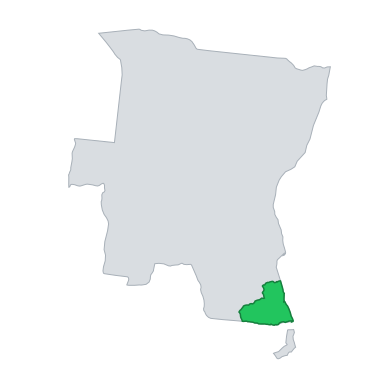 Zaire on a map of Angola (Robinson projection), rotated 186°
{"feature_id": "AGO-1882", "entity_name": "Zaire", "entity_type": "Province", "adm_level": 1, "iso_a3": "AGO", "parent_name": "Angola", "parent_adm1": "", "projection": "robinson", "projection_center": [13.603, -6.817], "detail": "fine", "context": "in_parent", "style": "filled", "palette": "green", "viewbox_px": 384, "rotation_deg": 186, "n_neighbors": 0, "source": "natural_earth", "source_scale": "10m", "svg_char_len": 6045}
<svg xmlns="http://www.w3.org/2000/svg" viewBox="0 0 384 384"><g transform="rotate(186 192 192)"><path d="M315.0,183.9L315.4,186.9L315.8,191.1L316.1,194.1L316.4,195.5L316.5,196.2L316.1,197.0L315.8,198.8L315.2,200.4L314.9,201.5L315.1,203.6L314.6,209.6L314.5,212.6L315.3,218.0L315.1,219.6L313.4,224.6L312.9,227.1L312.8,228.3L314.5,232.0L314.4,232.7L313.1,232.9L312.0,233.0L274.3,233.0L273.8,295.8L273.7,301.2L274.8,308.3L277.0,316.0L277.8,316.7L280.1,318.1L283.1,321.0L284.8,323.2L288.3,327.0L293.0,331.9L301.4,340.1L272.8,346.2L261.8,348.4L260.9,348.3L259.3,347.5L255.8,347.3L251.6,348.5L248.4,348.8L245.9,348.3L243.6,347.3L241.3,345.8L237.3,345.2L231.6,345.6L226.2,345.3L220.9,344.3L217.1,343.9L214.9,344.1L212.4,343.8L209.9,343.0L207.7,341.5L205.1,338.4L203.1,335.5L202.6,335.1L201.9,334.6L201.3,334.5L190.0,334.3L121.2,334.2L113.2,334.7L112.6,334.6L111.6,334.2L111.0,333.6L108.7,331.9L106.7,330.7L104.1,328.5L102.4,326.2L100.9,325.5L98.3,325.0L96.4,324.6L94.8,324.5L92.0,325.6L90.0,326.7L88.5,327.8L85.9,329.0L83.7,330.2L79.9,330.0L79.1,330.2L77.0,330.1L75.0,329.1L73.0,329.2L70.7,330.5L67.5,331.0L68.2,322.3L69.0,318.4L69.0,313.8L68.5,301.9L68.0,300.2L67.6,298.3L69.6,296.9L70.6,295.7L71.9,293.8L72.9,291.0L74.1,284.9L78.2,270.8L80.2,257.0L82.7,250.4L83.6,243.1L90.6,233.6L92.4,227.8L96.0,224.9L101.1,221.9L104.8,216.5L106.6,212.8L108.6,205.6L108.6,198.1L109.9,188.1L109.6,185.2L107.7,181.2L107.3,178.4L105.5,175.6L103.6,173.5L102.7,169.7L99.4,163.7L98.5,159.8L96.9,156.9L96.7,153.4L95.8,149.7L94.2,146.0L92.6,141.8L92.6,140.5L93.6,138.9L94.6,138.4L94.2,139.2L93.6,140.1L93.8,140.8L100.0,133.5L100.3,132.0L100.1,130.4L100.1,128.4L100.4,126.1L94.5,112.5L89.9,99.9L89.1,93.5L82.9,85.1L80.5,79.6L79.1,75.8L78.1,74.3L78.5,73.6L80.0,73.4L83.6,72.5L88.4,71.5L92.8,69.3L94.0,68.3L96.4,68.1L98.8,68.7L99.7,68.3L100.2,68.3L105.8,68.3L108.2,68.1L112.6,68.2L115.3,68.3L116.9,68.6L121.1,69.0L126.4,68.9L128.2,68.7L135.1,68.6L148.1,68.3L154.9,68.3L160.1,68.3L162.5,69.1L164.6,70.7L165.6,72.0L166.0,72.6L166.7,74.1L167.8,75.2L168.3,77.0L167.9,79.4L168.1,82.3L168.8,85.7L170.2,89.3L172.3,93.0L173.3,96.0L173.0,98.1L173.6,100.5L175.2,102.9L176.4,104.2L177.1,105.2L178.9,108.9L184.8,119.3L185.7,119.9L187.0,119.7L189.7,119.2L192.5,119.2L194.4,120.1L195.2,119.9L198.1,118.1L201.0,117.6L204.1,116.9L205.7,116.1L207.5,116.1L212.5,117.6L213.4,117.6L217.5,117.6L221.5,116.8L222.1,110.8L222.1,109.6L223.1,107.4L224.3,105.4L224.5,103.5L224.4,101.0L225.3,97.9L228.0,95.4L232.4,94.2L234.9,94.0L238.8,93.3L244.8,92.6L247.0,92.7L247.1,93.0L245.9,97.3L245.8,98.7L246.3,100.2L247.3,100.9L259.1,101.1L270.5,101.6L271.1,101.8L271.6,102.1L272.3,104.2L272.2,108.4L271.1,114.5L271.4,120.2L273.4,125.5L273.5,133.6L271.9,144.6L271.6,151.5L272.4,154.4L274.3,157.4L277.1,160.6L279.3,164.7L280.8,169.7L281.3,172.9L280.9,174.2L280.9,176.5L281.4,179.7L280.8,181.8L279.3,182.9L278.7,184.3L279.5,187.1L279.7,189.6L280.7,191.3L281.4,191.4L283.0,190.5L284.9,188.8L286.5,188.1L288.6,188.2L291.6,188.7L296.9,188.9L298.5,188.5L303.5,186.3L304.8,186.1L306.7,186.3L309.5,187.0L312.3,187.1L313.6,186.4L313.8,185.5L314.2,184.3L315.0,183.9ZM94.1,39.9L93.8,40.3L91.6,41.3L89.2,42.3L86.0,46.2L84.4,47.9L84.0,48.3L82.5,49.2L81.5,50.0L81.5,50.5L82.2,51.0L82.9,51.8L82.9,58.2L82.5,64.4L82.2,65.0L80.2,65.2L77.5,65.6L76.6,65.9L76.3,65.3L75.5,63.0L76.0,60.8L76.5,59.2L75.9,55.9L74.5,52.9L73.1,49.2L72.7,48.5L73.9,47.3L75.7,44.6L76.4,43.3L78.5,43.0L79.3,42.0L79.9,40.5L80.1,39.6L82.5,38.9L85.3,37.6L86.9,36.1L88.5,35.2L89.5,35.2L90.2,35.6L92.1,38.0L93.6,39.6L94.1,39.9Z" fill="#d9dde1" stroke="#a8b0b8" stroke-width="1"/><path d="M111.8,67.8L112.6,68.1L113.1,68.4L113.4,68.5L115.8,68.3L116.3,68.4L117.5,68.8L117.9,68.9L120.0,68.9L121.9,69.0L122.8,68.8L124.1,69.2L124.7,69.2L127.3,68.7L128.4,68.7L128.8,69.7L130.3,72.2L130.6,73.0L131.1,75.2L131.3,76.0L132.3,77.1L132.7,77.5L132.5,78.2L131.8,79.4L131.7,79.5L131.2,79.9L131.1,80.0L130.2,81.5L129.3,82.9L129.1,83.4L129.0,83.8L128.7,84.1L127.5,84.8L126.6,85.1L125.4,85.4L123.8,85.4L123.5,85.8L123.1,86.5L122.9,86.6L121.6,87.2L121.4,87.2L120.9,87.1L120.6,87.1L120.2,87.1L119.9,87.1L119.7,87.3L118.9,87.9L118.7,88.3L118.5,88.5L118.4,88.7L118.2,89.0L118.1,89.3L117.9,90.1L117.7,90.2L115.9,91.2L114.7,91.6L113.9,91.8L113.2,92.2L112.9,92.4L112.9,92.5L112.7,92.7L112.6,92.8L112.3,93.0L112.2,93.1L112.0,93.4L111.8,93.6L111.6,93.7L111.4,93.7L110.3,93.7L110.1,93.7L109.8,93.7L109.2,93.8L108.9,94.0L109.5,95.3L110.0,97.0L110.3,97.7L110.8,98.3L111.2,98.6L111.4,99.0L111.4,99.5L110.4,101.2L110.2,101.8L110.2,102.6L110.8,104.0L111.1,104.5L111.8,105.3L112.1,105.7L112.1,106.0L111.8,106.3L111.7,106.5L111.3,106.9L111.2,107.0L110.8,107.1L110.4,107.1L109.9,107.3L109.7,107.6L109.3,108.8L109.1,109.0L108.9,109.1L108.4,109.3L108.3,109.5L108.1,109.6L107.8,109.7L107.7,109.8L107.4,110.0L107.2,110.0L106.5,110.0L106.3,110.1L105.8,110.2L105.7,110.4L105.5,110.5L105.4,110.6L105.2,110.7L102.9,111.5L102.7,111.5L102.2,111.5L101.9,111.4L101.7,111.3L101.4,111.1L101.0,110.7L100.8,110.6L100.6,110.5L100.4,110.5L99.6,110.7L99.2,110.9L98.9,111.0L98.7,111.2L98.6,111.4L98.6,111.5L98.4,111.7L98.1,111.7L97.9,111.6L97.7,111.5L97.1,112.0L96.9,112.1L96.6,112.3L96.2,112.5L95.7,112.7L94.7,112.8L92.4,107.2L91.4,104.6L90.9,102.3L90.3,101.6L90.0,101.2L89.6,100.7L89.7,99.9L89.6,99.3L89.3,94.7L89.1,94.0L89.0,93.6L88.9,93.4L88.9,93.2L89.1,93.0L89.1,92.9L89.2,92.7L89.3,92.6L89.2,92.3L88.6,92.8L88.2,92.6L86.7,90.2L84.9,88.4L83.5,86.0L81.6,82.2L80.9,80.2L80.4,78.9L79.8,78.1L79.3,77.3L78.8,76.5L78.0,74.9L77.9,74.1L78.2,73.7L78.7,73.5L79.1,73.3L79.0,73.6L78.9,74.3L79.4,74.2L80.1,74.0L81.1,74.0L82.4,73.6L83.0,73.2L83.5,73.0L84.1,72.9L85.2,72.2L85.4,72.1L85.9,72.1L86.4,72.3L86.9,72.5L87.4,72.6L88.0,72.4L88.9,72.2L89.8,71.8L90.3,71.5L91.2,71.0L91.6,70.4L92.0,69.9L92.1,69.4L92.4,69.2L92.9,69.0L93.3,69.0L93.6,68.8L93.9,68.9L94.7,68.9L94.9,68.9L95.3,68.8L96.1,68.3L96.4,68.1L98.1,68.3L99.0,68.5L99.6,68.9L99.8,68.7L100.2,68.2L100.4,68.1L101.1,68.1L102.7,68.2L103.3,68.4L103.5,68.4L103.9,68.2L104.1,68.2L105.7,68.4L109.1,68.0L111.8,67.8Z" fill="#22c55e" stroke="#15803d" stroke-width="1.5"/></g></svg>